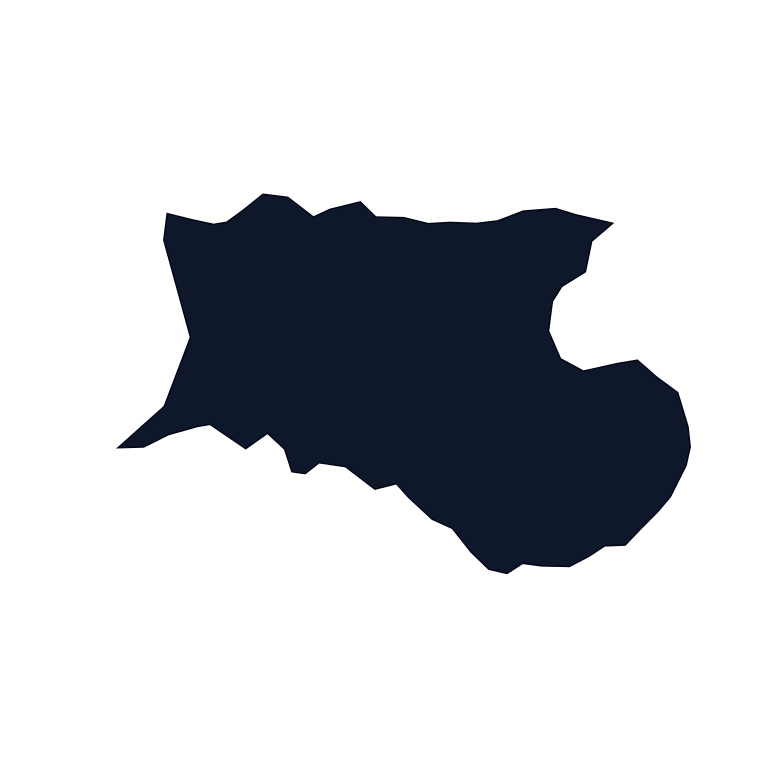 the district of Kotsiatis, Nicosia, Cyprus, rotated 249°
{"feature_id": "46923920B69253300160662", "entity_name": "Kotsiatis", "entity_type": "district", "adm_level": 2, "iso_a3": "CYP", "parent_name": "Cyprus", "parent_adm1": "Nicosia", "projection": "robinson", "projection_center": [33.342, 35.013], "detail": "fine", "context": "isolated", "style": "filled", "palette": "ink", "viewbox_px": 768, "rotation_deg": 249, "n_neighbors": 0, "source": "geoboundaries", "source_scale": "gbopen_adm2", "svg_char_len": 987}
<svg xmlns="http://www.w3.org/2000/svg" viewBox="0 0 768 768"><g transform="rotate(249 384 384)"><path d="M419.8,112.9L411.3,137.2L414.0,164.4L411.3,194.2L408.7,207.1L373.2,231.7L379.8,257.6L358.8,267.9L335.1,266.6L328.6,278.3L333.8,295.1L320.7,318.4L289.1,337.8L286.5,359.8L269.4,366.3L240.5,380.5L224.7,396.1L195.8,405.1L173.5,415.5L163.0,431.0L166.9,449.1L157.7,466.0L147.2,491.8L149.8,513.8L153.8,532.0L147.2,551.4L156.4,570.8L166.9,594.1L176.1,610.9L187.9,623.9L199.8,636.9L215.5,647.3L235.3,652.5L270.7,655.1L293.1,640.8L315.4,629.1L319.4,609.6L324.6,574.7L344.3,557.8L374.6,556.6L400.8,570.8L411.4,585.0L416.6,612.2L442.9,629.1L452.1,655.1L473.1,623.9L486.3,607.0L495.5,576.0L495.5,548.8L500.7,528.1L511.2,503.5L517.8,482.8L532.2,462.1L542.8,436.2L562.5,427.1L566.4,396.1L565.1,377.9L592.7,361.1L604.5,339.1L596.6,314.5L591.4,295.1L594.0,282.2L605.8,264.1L620.8,242.6L597.2,230.0L497.0,220.1L441.8,170.8L419.8,112.9Z" fill="#0f172a" stroke="#020617" stroke-width="1.5"/></g></svg>